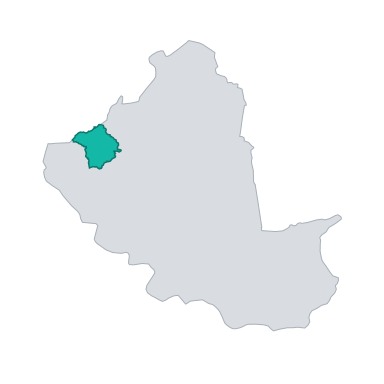 Seno, Séno, Burkina Faso shown in context, rotated 262°
{"feature_id": "67063806B86156352342594", "entity_name": "Seno", "entity_type": "district", "adm_level": 2, "iso_a3": "BFA", "parent_name": "Burkina Faso", "parent_adm1": "Séno", "projection": "equal_earth", "projection_center": [-0.111, 13.969], "detail": "fine", "context": "in_parent", "style": "filled", "palette": "teal", "viewbox_px": 384, "rotation_deg": 262, "n_neighbors": 0, "source": "geoboundaries", "source_scale": "gbopen_adm2", "svg_char_len": 7987}
<svg xmlns="http://www.w3.org/2000/svg" viewBox="0 0 384 384"><g transform="rotate(262 192 192)"><path d="M285.9,255.9L276.1,256.4L272.6,257.8L270.4,257.8L270.4,256.6L270.1,255.9L257.8,252.0L249.1,249.6L240.3,247.0L239.8,249.4L238.6,251.0L236.7,251.1L235.4,250.7L234.5,252.6L233.0,255.1L231.0,256.4L229.0,257.9L227.9,259.2L227.1,259.3L225.1,256.1L222.4,255.8L217.4,256.3L215.2,255.4L212.1,255.0L204.9,255.7L193.3,254.4L191.4,255.1L190.9,255.6L179.5,255.8L166.9,256.0L156.4,256.1L147.2,256.2L147.1,255.7L144.2,255.6L143.8,256.7L141.2,269.4L140.9,276.4L142.3,280.7L143.8,283.4L145.6,284.6L145.7,286.1L144.3,288.1L144.4,290.2L146.1,292.3L146.5,294.5L145.6,296.8L145.8,302.5L147.0,311.3L147.0,317.1L145.9,319.7L146.4,324.2L148.7,330.6L149.1,333.3L148.2,334.5L146.4,336.2L144.4,336.1L142.2,332.3L141.3,330.6L139.5,326.7L137.9,322.7L135.9,321.0L133.9,319.4L131.4,314.4L129.0,312.1L126.5,312.7L122.8,311.8L115.4,310.6L107.4,311.0L104.1,312.1L100.9,313.9L92.6,317.9L89.3,319.9L86.8,324.9L84.0,324.7L81.1,323.1L79.4,320.9L75.6,321.4L72.0,319.2L68.5,314.8L65.9,313.4L62.6,310.3L61.7,304.3L59.6,300.1L57.7,294.3L54.9,291.7L51.5,290.3L47.0,290.6L44.0,288.3L41.6,284.9L42.3,282.0L43.4,277.8L43.5,273.7L44.3,267.2L43.9,259.0L43.1,253.4L45.6,251.0L48.6,248.9L50.4,245.0L52.3,236.3L53.2,228.8L52.6,226.0L51.7,223.8L50.9,220.6L50.5,216.7L51.0,213.2L53.3,210.0L56.0,207.4L58.0,206.1L63.2,204.8L69.7,202.8L73.5,200.5L76.2,198.3L77.8,196.5L79.3,192.9L81.8,190.0L83.8,187.2L84.1,179.3L84.1,174.7L82.7,172.3L81.9,170.1L91.6,163.9L91.7,159.6L90.4,154.7L88.5,150.7L87.8,147.4L90.5,143.4L92.9,140.4L94.6,137.8L98.4,133.9L102.3,132.9L105.9,134.4L116.4,143.5L118.2,144.1L120.4,143.4L123.1,141.0L126.7,139.1L128.1,133.0L128.0,124.0L128.8,119.9L130.7,119.2L136.8,120.9L138.3,121.0L140.1,120.4L141.4,118.8L141.3,115.9L141.1,113.4L143.1,105.0L146.7,98.8L154.0,91.0L156.2,89.4L158.9,88.6L171.9,94.0L174.0,92.6L177.2,79.3L180.7,78.1L185.0,77.8L187.7,76.7L189.1,75.8L195.3,70.7L206.2,63.8L212.1,60.9L213.2,59.8L217.4,54.9L223.0,49.3L226.6,48.2L231.5,47.8L234.5,48.7L235.4,50.3L236.4,51.1L242.8,48.7L252.0,52.5L259.9,56.2L259.4,58.6L259.3,62.8L258.7,69.4L257.9,77.3L261.1,82.4L265.1,87.9L266.1,90.0L265.1,95.5L265.8,98.6L267.9,103.9L271.4,110.7L275.1,117.6L277.6,118.5L280.0,119.1L281.4,120.3L283.5,121.5L285.7,122.3L287.5,123.8L288.7,125.3L290.2,129.6L294.3,132.4L297.1,135.2L296.0,136.6L292.4,136.1L289.1,134.8L288.7,136.9L288.5,144.7L289.1,151.3L289.9,152.2L293.2,153.4L301.3,161.9L308.6,169.9L311.0,172.0L315.0,172.8L319.5,173.1L321.5,172.4L325.8,168.3L328.1,167.9L330.3,168.0L331.4,168.6L333.5,171.9L335.5,176.9L336.1,180.6L335.9,182.6L335.2,183.4L331.7,184.3L330.1,185.1L329.7,186.2L330.3,188.6L331.0,190.2L334.9,197.5L340.6,207.2L342.4,209.7L341.4,212.6L338.5,220.2L336.4,223.4L326.9,234.1L322.2,232.9L312.5,235.0L311.0,232.6L308.7,232.2L305.9,232.7L304.9,233.6L304.6,234.7L303.5,236.1L301.7,240.4L300.3,241.5L298.6,242.2L296.5,242.1L295.2,242.6L295.2,244.8L294.8,246.6L293.4,247.5L292.8,249.6L292.9,251.6L292.1,252.5L290.2,252.0L289.1,251.5L288.1,254.1L286.8,255.9L285.9,255.9Z" fill="#d9dde1" stroke="#a8b0b8" stroke-width="1"/><path d="M254.0,124.1L254.2,123.8L254.5,123.2L255.0,122.5L255.2,122.3L256.0,121.9L256.4,121.7L256.5,121.7L256.8,121.3L256.9,121.2L257.1,121.0L257.2,120.9L257.3,120.8L257.4,120.6L257.6,120.3L257.7,120.1L257.9,120.0L258.0,119.9L257.9,119.9L258.0,119.7L258.1,119.4L258.2,119.1L258.3,119.0L258.7,118.8L259.5,118.8L259.9,118.9L260.0,118.8L260.0,118.7L260.1,118.4L260.2,118.1L260.8,116.5L260.8,116.4L261.0,116.2L262.1,115.5L262.9,115.1L263.5,114.9L263.8,114.9L264.3,114.9L264.4,115.0L264.6,115.2L264.8,115.4L264.9,115.5L265.1,115.6L266.0,115.6L266.6,115.4L267.0,115.0L267.3,114.7L267.4,114.4L267.4,114.1L267.5,113.9L267.7,113.6L267.9,113.5L268.2,113.5L268.5,113.5L268.8,113.6L269.0,113.7L269.7,113.5L270.0,113.5L270.2,113.4L270.4,113.3L270.5,113.1L270.7,112.5L270.9,111.9L271.2,111.2L271.4,110.7L271.6,110.4L271.6,109.3L271.4,108.9L270.8,108.3L270.5,108.1L270.3,107.9L269.7,107.1L269.6,106.7L269.5,106.1L269.6,105.7L269.8,105.4L270.0,105.0L269.9,104.3L269.6,104.6L269.2,105.0L268.9,105.1L268.7,104.7L268.8,104.1L268.7,103.7L268.4,103.3L267.6,102.5L267.2,102.0L266.8,101.1L266.3,99.5L266.2,98.9L266.6,98.1L265.7,97.1L265.3,96.2L265.2,95.0L265.8,93.7L266.5,92.9L266.3,91.2L266.9,89.8L266.3,87.9L265.7,86.9L265.0,86.2L264.5,85.1L263.9,84.1L262.9,83.9L262.1,83.3L261.8,82.7L260.2,80.8L260.0,81.0L259.8,81.1L259.7,81.2L259.3,81.6L259.2,81.6L259.0,81.8L258.9,81.8L258.7,81.7L258.5,81.8L258.3,81.8L258.1,81.7L258.0,82.1L257.9,83.3L257.9,83.6L257.8,84.1L257.8,84.3L257.4,84.6L257.4,84.8L257.3,85.0L257.2,85.1L257.1,85.3L256.9,85.4L256.9,85.6L257.0,85.9L256.8,86.1L256.7,86.2L256.6,86.3L256.3,86.4L256.2,86.4L255.9,86.4L255.8,86.5L255.7,86.7L255.6,87.0L255.5,87.3L255.4,87.5L254.8,88.2L254.7,88.6L254.5,88.9L254.4,89.1L254.2,89.3L253.5,89.5L253.4,89.5L253.2,89.6L253.2,89.9L253.1,90.0L253.1,90.3L253.0,90.5L253.0,90.9L253.0,91.0L252.8,91.0L252.4,91.0L252.1,91.2L251.9,91.3L251.9,91.7L251.8,92.4L251.8,92.7L251.7,92.9L251.6,93.2L251.6,93.3L251.6,93.5L251.4,93.5L251.2,93.5L250.8,93.6L250.6,93.5L250.4,93.5L250.4,93.3L250.2,93.1L250.1,92.8L250.1,92.7L249.8,92.7L249.6,92.2L249.3,92.1L249.1,91.9L248.9,91.9L248.7,91.9L248.6,92.0L248.2,92.1L247.8,92.2L247.7,92.2L247.6,92.3L247.2,92.3L246.9,92.4L246.7,92.4L246.6,92.6L246.1,92.6L245.9,92.6L245.8,92.8L245.6,92.8L245.4,92.8L245.4,92.7L245.2,92.6L244.8,92.6L244.4,92.5L244.1,92.4L243.8,92.4L242.9,91.9L242.5,91.8L242.1,91.7L241.6,92.0L241.4,92.2L241.3,92.3L241.0,92.4L240.9,92.4L240.7,92.5L240.4,92.8L240.4,93.2L240.3,93.4L240.2,93.4L240.1,93.6L239.8,93.5L239.7,93.6L239.5,93.4L239.4,93.4L239.2,93.4L239.1,93.5L238.9,93.8L238.5,94.2L237.2,94.3L236.6,94.1L236.2,94.0L235.9,93.7L235.7,93.6L233.3,93.7L230.1,93.8L230.2,94.1L230.5,95.6L230.6,96.1L230.9,97.0L230.9,97.4L230.8,97.9L230.7,98.2L230.7,98.3L230.7,98.5L230.5,98.9L230.5,99.1L230.3,99.2L230.2,99.5L230.2,99.8L230.3,100.0L230.4,100.3L230.3,100.7L230.4,100.9L230.0,101.2L229.8,101.4L229.6,101.7L229.4,101.7L229.2,101.9L229.0,102.0L228.9,102.2L228.7,102.4L228.6,102.5L228.4,102.5L228.5,102.5L228.3,102.6L228.3,102.9L228.3,103.1L228.3,103.5L228.2,103.6L228.0,103.8L227.9,103.7L227.7,103.9L227.9,104.1L228.0,104.1L228.2,104.3L228.3,104.7L228.3,104.8L228.1,105.1L228.0,105.4L228.1,105.6L228.4,105.8L228.5,105.9L228.6,106.0L229.4,106.4L229.6,106.2L229.8,106.1L230.1,106.3L230.5,106.6L230.7,106.9L230.8,107.1L230.8,107.3L230.8,107.7L230.9,107.8L231.0,107.9L231.8,108.3L232.1,108.5L232.6,108.8L232.9,109.1L233.1,109.5L233.2,109.8L233.3,110.1L233.4,110.5L233.5,111.6L233.5,111.8L233.7,112.0L233.8,112.0L234.0,112.0L234.3,112.1L234.2,112.3L234.0,112.6L234.0,112.8L233.7,113.3L233.7,113.6L233.7,113.9L233.8,114.3L234.0,114.8L234.0,115.0L233.9,115.3L234.0,115.4L234.1,115.5L235.1,116.6L235.5,117.1L236.0,117.5L236.1,117.9L236.4,118.4L236.5,118.9L236.8,120.0L237.1,120.6L237.2,120.8L237.4,120.9L237.9,121.1L237.9,120.8L238.0,120.8L238.3,120.9L238.5,120.8L238.7,120.7L239.0,120.4L239.4,120.5L239.5,120.8L240.2,120.8L240.4,121.0L240.7,121.1L240.8,121.2L240.9,121.5L241.0,121.6L241.4,121.2L241.6,121.1L241.7,120.9L242.4,120.6L242.9,120.5L243.1,120.3L243.3,120.3L243.4,120.5L243.1,121.1L243.1,121.4L242.9,121.7L243.0,122.0L243.1,122.3L243.1,122.6L243.1,122.8L242.9,123.1L242.9,123.5L242.6,124.1L242.5,124.4L242.4,124.6L242.2,124.8L241.9,125.1L241.9,125.3L241.9,125.5L242.0,125.7L241.9,125.9L242.0,126.0L242.3,126.6L242.4,127.0L242.8,127.5L243.0,127.5L243.3,127.5L243.3,127.4L243.5,127.1L243.7,126.9L243.9,126.8L244.0,126.4L244.0,126.2L244.3,125.6L244.4,125.3L244.4,124.7L244.5,124.5L244.6,124.3L244.8,124.2L245.8,124.3L246.1,124.3L246.6,124.3L246.8,124.5L247.1,124.6L247.3,124.8L247.7,124.8L247.8,124.8L248.0,125.0L248.2,125.4L248.4,125.6L248.6,125.8L248.8,125.9L249.0,125.9L249.4,125.7L249.8,125.7L250.1,125.7L250.4,125.9L250.7,125.9L251.2,125.2L251.3,125.0L251.3,124.9L251.4,124.6L251.6,124.5L251.6,124.4L251.8,124.3L253.0,124.0L253.8,124.0L254.0,124.1Z" fill="#14b8a6" stroke="#0f766e" stroke-width="1.5"/></g></svg>